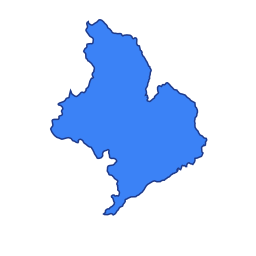 Almenara, Minas Gerais, Brazil (Albers equal-area conic projection), rotated 23°
{"feature_id": "56859067B83482987802169", "entity_name": "Almenara", "entity_type": "district", "adm_level": 2, "iso_a3": "BRA", "parent_name": "Brazil", "parent_adm1": "Minas Gerais", "projection": "albers", "projection_center": [-40.737, -16.13], "detail": "fine", "context": "isolated", "style": "filled", "palette": "blue", "viewbox_px": 256, "rotation_deg": 23, "n_neighbors": 0, "source": "geoboundaries", "source_scale": "gbopen_adm2", "svg_char_len": 5789}
<svg xmlns="http://www.w3.org/2000/svg" viewBox="0 0 256 256"><g transform="rotate(23 128 128)"><path d="M124.0,63.0L122.9,63.0L119.8,59.9L118.1,58.8L116.7,57.6L114.4,56.0L113.4,55.8L111.3,53.6L111.4,52.8L110.1,51.8L109.0,51.6L106.4,48.0L105.3,48.2L104.3,48.1L103.7,47.6L103.0,46.9L102.6,46.0L102.2,44.8L101.4,42.8L100.4,42.1L99.2,42.2L98.6,43.1L97.9,43.8L96.6,43.3L95.9,42.4L94.8,42.0L93.7,41.8L90.5,42.8L88.1,44.2L87.3,45.2L86.4,45.1L85.7,44.4L84.9,44.0L83.9,44.1L81.7,45.2L79.5,45.7L78.3,46.2L77.1,46.3L76.3,46.2L75.5,45.8L74.6,45.0L73.7,44.7L73.0,44.2L70.2,43.6L68.7,42.0L67.6,41.4L65.4,40.6L64.2,39.9L61.7,39.1L60.8,39.2L60.0,39.3L59.1,39.8L57.9,42.8L56.4,44.8L55.4,46.5L54.6,47.4L53.3,47.5L51.3,47.2L50.5,46.6L49.9,45.6L49.2,46.7L49.2,47.9L49.7,48.7L51.0,50.2L51.4,51.5L50.9,53.6L51.3,54.8L53.2,56.1L54.4,56.8L56.1,57.9L57.3,58.5L59.3,58.7L60.4,59.0L61.4,59.8L62.4,63.0L62.3,64.0L61.7,64.6L60.7,64.9L58.7,66.0L57.6,66.8L57.7,67.9L58.3,68.9L58.4,70.0L58.0,70.8L57.4,71.7L57.2,74.6L58.0,75.3L59.2,75.7L59.9,76.1L60.4,76.8L61.7,79.5L62.4,80.4L63.2,80.4L64.9,81.8L66.0,81.8L69.3,82.9L71.0,84.1L72.7,85.0L73.5,85.8L73.9,86.7L74.1,88.3L74.5,89.1L74.3,90.2L73.9,91.4L74.1,92.7L74.8,93.6L76.4,95.0L75.9,96.0L75.1,96.4L74.8,97.5L74.7,99.9L75.4,104.7L75.3,105.9L74.1,108.6L74.7,109.6L74.3,111.6L73.9,112.5L73.1,112.8L72.2,112.8L71.5,113.1L70.9,113.7L70.6,114.4L70.4,115.3L69.6,117.1L68.8,118.5L68.1,119.2L66.9,119.4L65.5,119.2L63.3,118.6L62.4,118.0L61.4,116.8L60.5,116.0L61.1,119.8L61.8,122.9L61.3,123.5L60.3,124.2L59.6,125.0L59.3,127.3L58.7,128.4L57.9,129.3L55.2,131.8L54.8,132.4L54.4,133.3L55.1,133.9L56.2,133.7L57.3,133.6L58.5,134.0L59.4,134.4L60.0,135.1L60.6,135.9L60.1,137.7L60.2,138.5L61.9,140.3L62.3,141.4L61.7,142.5L60.8,143.2L60.1,143.9L60.0,144.8L60.7,145.7L60.6,147.0L59.7,147.6L56.9,148.8L56.1,149.3L55.4,150.0L55.3,151.0L57.6,154.4L57.9,155.5L57.3,157.7L57.2,159.1L59.4,161.3L61.9,162.9L63.6,163.7L66.3,164.4L68.3,164.2L71.2,164.2L72.2,163.7L75.7,160.9L77.1,160.1L79.0,159.9L79.9,160.0L81.6,161.0L82.5,161.3L83.7,161.0L86.0,161.4L87.6,161.1L87.8,160.1L87.1,159.2L87.3,158.4L87.7,157.7L88.5,157.0L89.7,156.9L91.5,157.4L92.2,158.1L93.7,159.1L95.2,159.3L97.8,160.1L99.0,160.4L100.2,160.4L101.4,160.1L102.2,160.4L102.7,161.0L103.7,161.5L105.4,163.0L106.3,163.7L107.1,164.7L110.6,167.0L111.1,167.6L112.2,167.7L113.2,167.2L114.8,166.0L115.3,164.8L115.6,163.5L114.6,161.6L114.5,160.4L114.7,159.2L115.4,158.2L117.1,156.8L117.8,155.8L118.6,155.6L119.4,156.2L119.6,157.4L120.0,158.5L121.3,159.9L122.5,162.1L123.3,162.5L124.6,162.5L126.8,161.5L127.8,161.4L128.8,161.6L129.5,161.9L130.3,162.5L130.6,163.3L129.8,165.2L129.7,166.1L129.3,167.0L128.8,167.8L128.0,168.4L125.5,169.9L124.7,170.7L124.5,172.0L125.2,174.0L125.5,175.1L125.9,175.9L127.6,177.0L128.3,177.9L129.1,178.4L131.2,177.9L132.2,178.0L133.1,178.5L134.2,178.9L135.2,179.7L138.7,180.4L139.4,180.8L139.5,181.7L139.5,183.6L140.0,184.5L140.9,184.8L141.2,185.8L142.2,187.3L142.5,188.4L143.0,189.2L144.1,189.5L144.9,190.1L145.5,191.1L145.7,192.1L145.9,193.4L145.7,194.3L143.9,194.8L143.3,195.4L142.5,195.7L141.7,195.2L140.9,195.3L140.0,195.9L139.4,197.2L140.0,198.1L141.2,198.3L142.5,199.7L143.7,201.2L144.7,201.9L145.0,203.8L144.1,206.2L143.0,207.6L142.5,208.6L142.2,209.9L141.2,210.2L140.3,211.1L139.7,212.2L139.6,213.3L140.2,214.3L139.9,215.2L139.1,216.7L140.0,216.9L142.4,216.0L143.3,215.6L145.6,213.5L146.5,213.3L147.4,213.3L148.3,213.8L149.0,213.0L149.5,212.3L149.9,211.3L150.4,208.3L150.9,207.5L151.2,204.9L151.7,203.8L153.5,202.0L153.4,200.2L153.6,199.3L154.0,198.1L154.1,196.5L153.4,195.5L153.8,194.5L154.7,193.8L155.3,192.8L157.8,190.1L158.7,189.8L159.3,189.4L160.4,189.0L162.1,188.1L162.5,187.0L164.0,185.4L165.1,183.1L166.1,181.5L166.9,178.2L167.0,176.9L167.4,174.2L168.1,172.3L171.5,167.6L172.9,166.4L174.3,166.2L175.4,166.2L176.7,165.7L177.7,165.1L178.5,164.9L179.6,163.2L180.9,162.2L181.9,161.8L182.4,160.3L183.2,159.5L183.9,157.9L184.8,157.2L185.4,156.1L185.7,155.0L186.2,154.0L186.9,153.1L187.2,152.2L188.0,151.9L189.0,150.6L189.7,149.9L190.2,149.0L190.5,147.9L189.5,147.7L189.5,146.9L190.1,146.5L189.7,145.8L190.3,145.2L191.5,145.7L192.7,145.8L192.7,143.5L192.4,142.5L192.6,141.2L193.9,141.1L194.9,140.4L196.1,141.0L197.0,140.6L196.6,139.6L196.5,138.5L196.6,137.6L197.1,136.7L197.8,136.1L198.9,136.4L200.0,136.4L201.0,136.1L201.9,136.2L202.5,133.3L202.3,131.7L201.5,129.8L202.3,129.3L203.4,128.7L205.2,126.8L206.5,125.6L206.8,124.8L206.8,121.7L205.6,121.3L205.0,120.5L204.0,118.4L203.5,117.7L203.4,116.8L203.6,116.0L204.2,115.2L204.4,114.2L205.5,114.2L205.9,113.4L205.5,112.5L205.3,111.5L204.8,110.7L205.2,108.7L204.8,107.7L204.0,107.0L202.9,107.3L201.7,107.4L199.7,106.4L196.9,106.2L194.6,104.6L193.8,103.6L191.5,102.6L189.5,101.2L188.2,98.7L188.0,97.7L186.8,96.1L186.4,95.1L186.2,93.6L185.8,92.8L185.9,91.8L186.4,90.8L186.4,89.6L185.8,87.7L185.9,86.8L185.5,85.7L184.9,84.5L183.1,82.7L182.0,82.3L181.3,81.6L179.7,78.6L175.4,78.2L174.5,77.9L173.7,77.4L172.8,77.1L170.9,76.7L169.9,76.4L168.0,75.4L166.8,75.4L164.4,75.6L163.2,75.9L162.0,75.9L161.0,75.6L159.9,75.0L158.9,74.6L158.2,74.0L155.6,74.6L154.6,74.3L153.5,73.7L150.9,72.7L149.3,71.8L147.4,71.1L146.5,71.0L145.6,71.6L145.1,73.4L144.3,74.2L143.3,74.3L142.8,74.9L142.6,76.7L140.7,76.8L139.9,77.2L139.5,78.1L139.4,79.2L140.3,81.2L141.4,82.8L142.1,83.4L142.2,84.3L141.2,86.2L140.2,88.6L140.6,89.9L140.1,90.8L139.6,91.5L138.2,94.4L137.7,95.1L135.9,95.4L135.0,95.3L134.6,94.5L134.8,93.3L134.6,92.4L133.6,92.1L133.7,91.3L132.9,90.4L132.0,90.4L131.3,91.0L131.2,90.2L131.5,89.0L131.0,87.8L129.9,86.3L129.2,85.6L129.0,84.8L129.4,82.4L129.4,81.3L128.8,79.3L128.7,78.2L128.8,76.8L128.3,75.4L128.6,74.3L128.4,73.5L127.8,72.7L127.5,70.1L127.1,69.0L126.8,67.7L126.9,66.6L126.7,65.7L125.9,64.9L124.7,64.1L124.0,63.0Z" fill="#3b82f6" stroke="#1e3a8a" stroke-width="1.5"/></g></svg>